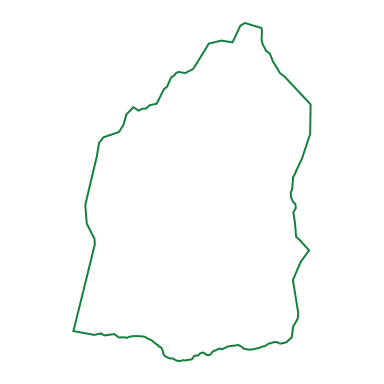 the district of San Pedro Ocopetatillo, Oaxaca, Mexico
{"feature_id": "50627088B16349207621267", "entity_name": "San Pedro Ocopetatillo", "entity_type": "district", "adm_level": 2, "iso_a3": "MEX", "parent_name": "Mexico", "parent_adm1": "Oaxaca", "projection": "natural_earth1", "projection_center": [-96.912, 18.185], "detail": "fine", "context": "isolated", "style": "outline", "palette": "green", "viewbox_px": 384, "rotation_deg": 0, "n_neighbors": 0, "source": "geoboundaries", "source_scale": "gbopen_adm2", "svg_char_len": 2674}
<svg xmlns="http://www.w3.org/2000/svg" viewBox="0 0 384 384"><path d="M291.7,337.5L293.2,326.3L297.5,319.2L298.3,313.4L292.9,280.0L300.8,261.7L309.1,250.4L301.3,241.9L301.0,241.1L296.2,236.9L295.7,232.4L295.7,231.3L294.9,222.5L293.3,212.2L295.8,208.3L295.3,203.8L293.1,201.9L292.4,200.4L291.2,197.6L291.0,197.1L290.8,192.6L292.2,189.0L292.2,188.3L292.4,186.0L293.0,178.3L293.0,177.2L294.7,174.5L296.8,169.5L298.6,165.8L298.7,165.6L301.0,160.5L301.2,160.2L302.2,157.9L305.6,147.7L310.1,134.2L310.2,132.1L310.6,104.4L309.0,102.7L292.9,85.5L284.9,77.0L283.8,75.9L280.4,73.5L280.1,73.3L277.8,69.4L274.4,63.8L273.0,61.5L269.7,53.4L266.2,51.0L262.3,43.5L261.8,40.4L261.6,39.3L261.8,35.1L262.0,31.7L261.5,28.0L252.0,25.2L245.0,23.0L240.4,25.6L232.5,42.4L221.4,40.6L213.0,42.6L208.9,43.5L204.4,50.9L199.5,58.8L193.2,68.9L192.9,69.1L185.7,72.8L185.2,73.0L178.3,72.0L175.9,73.1L174.6,75.2L171.1,77.4L169.8,80.4L168.6,83.1L167.2,86.6L164.1,89.0L161.8,93.5L156.6,103.8L155.5,104.0L149.7,105.2L149.0,105.9L147.6,107.1L147.3,107.3L145.8,108.6L142.1,108.8L138.5,110.6L133.4,107.2L126.6,114.3L126.3,114.5L123.6,124.6L123.1,125.4L119.1,131.8L117.5,132.6L117.3,132.6L117.0,132.7L103.5,137.3L102.1,139.1L99.1,142.9L98.6,145.8L97.2,154.0L96.8,156.7L94.7,165.2L92.3,175.3L89.4,187.6L86.5,199.8L85.3,205.1L85.5,208.0L86.4,219.2L86.8,223.7L93.7,237.3L94.5,238.8L94.8,244.6L93.5,249.8L90.5,262.0L73.4,331.1L94.3,334.9L101.2,333.4L101.4,334.1L105.0,335.4L114.2,334.1L119.0,337.5L120.4,337.5L121.1,337.3L124.0,337.3L125.1,337.4L126.9,337.9L127.5,337.6L129.4,336.7L131.9,336.3L134.8,336.1L137.7,336.1L141.0,336.3L143.6,336.6L144.7,336.8L146.2,337.6L147.7,338.5L149.2,339.2L150.6,339.7L151.5,340.2L152.5,341.0L155.4,343.4L157.2,344.8L158.1,345.2L158.4,346.1L159.0,346.6L159.4,346.8L160.2,347.0L160.5,347.1L160.9,347.5L161.8,348.5L162.5,350.1L162.9,351.5L163.2,353.1L163.6,354.2L164.1,355.2L164.8,355.9L166.2,356.8L167.4,357.5L168.7,358.1L170.4,358.4L171.8,358.5L172.9,358.6L173.8,358.9L174.4,359.5L175.9,360.3L177.2,360.8L179.1,361.0L180.7,360.9L181.9,360.5L183.0,360.1L184.0,360.3L185.7,360.5L187.2,360.0L188.5,359.8L189.6,359.8L191.3,359.4L192.2,358.9L192.9,358.0L193.6,356.8L194.3,355.9L195.4,355.6L196.7,355.6L197.9,355.5L198.7,355.0L199.3,354.2L199.8,353.7L200.8,353.1L201.8,352.7L202.6,352.6L203.5,352.7L204.7,353.4L205.9,354.4L206.5,354.9L207.3,355.1L208.8,355.1L210.2,354.7L210.5,354.5L212.9,351.3L213.8,351.1L219.4,348.5L222.1,349.3L227.8,346.5L238.4,345.0L242.5,347.3L243.6,348.7L246.4,349.1L247.8,349.6L252.2,349.5L259.1,347.9L262.3,346.6L264.8,346.2L269.1,343.3L270.8,343.4L274.1,342.0L277.2,342.2L280.1,343.7L286.1,342.4L291.7,337.5Z" fill="none" stroke="#15803d" stroke-width="2"/></svg>